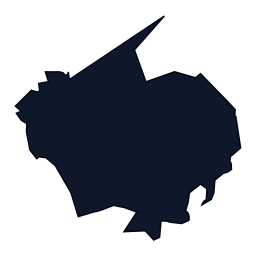 Tepache, Sonora, Mexico (Robinson projection)
{"feature_id": "50627088B68424224949778", "entity_name": "Tepache", "entity_type": "district", "adm_level": 2, "iso_a3": "MEX", "parent_name": "Mexico", "parent_adm1": "Sonora", "projection": "robinson", "projection_center": [-109.507, 29.486], "detail": "fine", "context": "isolated", "style": "filled", "palette": "ink", "viewbox_px": 256, "rotation_deg": 0, "n_neighbors": 0, "source": "geoboundaries", "source_scale": "gbopen_adm2", "svg_char_len": 1220}
<svg xmlns="http://www.w3.org/2000/svg" viewBox="0 0 256 256"><path d="M38.7,83.4L39.4,88.8L39.9,89.3L38.5,92.3L31.3,90.4L15.4,106.1L21.2,111.3L16.4,113.2L21.3,120.3L26.8,123.6L26.5,132.0L30.0,150.1L36.7,158.6L39.4,156.8L46.0,157.7L55.4,165.7L57.8,170.0L58.0,170.2L71.0,192.8L78.3,216.6L92.8,212.2L98.8,210.9L113.6,205.4L124.4,207.5L137.0,212.2L135.5,214.1L124.0,231.7L131.7,231.3L145.3,230.8L153.8,240.0L159.6,237.2L161.0,220.9L166.9,221.1L170.1,222.2L181.7,223.5L188.6,220.5L189.1,219.7L189.0,216.0L188.1,213.3L185.7,210.5L188.1,202.1L188.6,198.7L189.4,192.8L200.4,184.1L206.9,188.7L206.4,199.4L203.5,201.5L202.0,204.8L211.3,199.3L213.8,192.9L214.8,180.2L223.2,173.3L227.8,171.9L231.5,169.4L231.4,168.9L231.3,166.2L231.3,165.6L231.2,163.6L229.7,161.0L230.4,158.5L229.8,157.2L240.6,147.9L236.1,118.5L235.8,116.5L234.8,116.2L235.1,109.6L231.3,105.5L228.4,102.4L227.8,101.8L215.5,89.1L214.9,88.5L200.5,73.7L200.1,74.0L199.9,74.2L195.6,77.8L175.3,72.0L174.5,71.8L173.6,72.1L147.0,81.5L146.6,81.7L146.0,81.9L134.4,49.9L141.4,42.0L163.8,16.6L164.4,16.0L132.7,37.2L69.3,79.6L68.3,72.0L67.7,74.0L65.7,75.6L63.0,72.8L59.6,71.9L54.5,71.9L45.4,71.9L48.5,81.7L38.7,83.4Z" fill="#0f172a" stroke="#020617" stroke-width="1.5"/></svg>